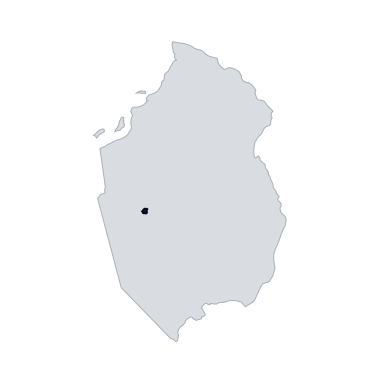 location of Babati UrbanBabati Urban, Manyara, United Republic of Tanzania, rotated 226°
{"feature_id": "72390352B90089128995390", "entity_name": "Babati UrbanBabati Urban", "entity_type": "district", "adm_level": 2, "iso_a3": "TZA", "parent_name": "United Republic of Tanzania", "parent_adm1": "Manyara", "projection": "albers", "projection_center": [35.755, -4.214], "detail": "fine", "context": "in_parent", "style": "filled", "palette": "ink", "viewbox_px": 384, "rotation_deg": 226, "n_neighbors": 0, "source": "geoboundaries", "source_scale": "gbopen_adm2", "svg_char_len": 4881}
<svg xmlns="http://www.w3.org/2000/svg" viewBox="0 0 384 384"><g transform="rotate(226 192 192)"><path d="M149.5,259.1L146.0,257.2L142.7,256.1L140.1,254.9L138.9,253.6L136.4,253.2L134.3,253.0L132.3,251.9L128.2,251.5L127.8,250.7L127.7,249.0L127.0,248.6L125.5,248.1L123.9,248.2L122.9,248.4L122.4,248.3L121.0,247.3L119.8,246.1L119.3,244.0L117.4,242.8L115.3,241.7L109.3,241.9L108.4,241.6L107.0,240.6L105.3,238.9L103.9,237.0L102.7,234.3L101.5,230.8L94.6,216.7L93.8,214.1L92.5,211.1L90.3,207.5L87.9,204.8L84.8,202.4L81.2,200.0L79.2,198.3L75.5,191.7L74.7,188.6L74.1,185.4L74.3,184.1L76.6,179.9L76.8,178.7L76.5,177.2L75.4,173.9L73.9,169.8L70.9,162.5L70.5,160.7L70.5,159.3L72.2,151.9L72.1,150.8L79.0,150.9L84.0,147.6L88.4,142.7L89.2,140.7L91.0,137.5L92.7,136.0L93.4,134.9L94.4,131.7L96.7,129.6L98.9,128.0L98.4,126.8L98.8,126.4L100.0,125.6L102.3,124.8L102.8,123.2L102.8,121.3L102.4,120.3L102.5,119.1L102.1,118.4L100.5,118.3L98.2,117.4L96.3,117.0L94.9,116.5L94.5,116.1L94.2,115.0L95.3,112.1L94.2,110.9L96.6,106.2L97.0,105.6L97.9,105.5L99.3,105.0L100.6,104.8L101.6,105.0L102.4,104.8L103.1,104.2L103.6,102.6L104.1,99.9L103.8,97.8L102.8,96.1L102.5,93.5L102.9,90.1L102.6,87.2L101.5,84.9L100.3,83.6L98.6,83.0L95.9,79.5L95.0,77.8L95.2,76.7L96.1,76.3L97.8,76.4L99.5,76.0L101.0,75.0L102.4,74.8L103.2,74.9L172.2,74.6L252.7,119.5L253.0,120.0L253.6,123.9L253.5,125.2L252.2,127.4L251.9,128.6L251.8,129.4L252.2,129.7L253.2,129.8L254.1,130.3L254.4,130.8L255.1,132.4L256.0,133.3L286.4,155.4L287.1,155.8L286.7,157.6L284.9,162.1L284.8,163.9L284.1,166.1L283.5,167.6L281.7,173.9L280.2,176.2L278.2,181.7L277.9,186.0L279.0,188.9L279.4,191.7L281.7,194.4L283.6,195.4L284.8,196.7L287.1,199.5L288.3,202.4L292.4,203.8L294.0,207.0L293.4,209.2L291.5,211.0L289.7,213.9L288.3,217.8L288.2,223.7L289.2,222.8L291.3,224.3L291.6,228.6L289.3,233.7L288.7,236.0L288.5,238.1L290.1,244.1L292.5,247.2L292.3,248.2L291.7,249.0L295.8,254.5L295.4,259.2L297.0,262.9L297.6,266.1L298.6,268.6L298.8,270.3L297.5,272.2L300.5,272.7L302.3,274.2L303.1,275.7L305.3,275.6L306.5,276.6L308.2,277.5L311.9,280.0L312.9,281.2L313.5,282.4L303.2,290.1L299.4,292.1L296.8,293.0L293.9,293.5L291.2,294.7L288.6,296.6L285.4,297.6L281.4,297.6L277.2,298.9L270.6,302.9L266.8,300.6L263.8,299.9L260.3,300.0L258.2,300.3L257.5,300.7L256.8,302.1L256.2,304.3L254.0,306.5L250.0,308.5L246.3,309.3L243.0,308.8L240.7,307.9L239.5,306.7L237.8,306.1L235.5,306.2L233.3,307.1L231.2,308.7L227.8,309.4L223.2,309.2L220.7,308.4L220.3,307.0L218.3,305.5L214.6,303.7L211.9,303.6L210.1,305.4L208.5,306.5L207.1,306.9L205.8,306.9L203.9,306.5L198.8,306.3L194.0,306.4L193.5,303.9L192.5,302.4L191.6,301.5L189.9,301.2L189.5,300.5L188.9,299.0L188.1,297.7L187.0,296.6L186.3,295.5L186.1,294.6L186.3,293.6L187.3,291.0L187.6,289.3L187.5,287.5L186.9,285.6L185.8,283.4L185.9,282.8L185.5,281.3L185.5,280.3L185.7,278.9L185.5,277.2L184.5,273.6L184.5,272.6L183.4,270.8L180.2,266.6L180.0,266.1L175.0,261.9L172.9,261.0L172.2,261.7L171.9,262.5L172.2,263.8L172.0,264.5L171.8,264.8L170.6,264.8L169.9,264.6L168.0,263.5L166.5,263.2L162.8,263.4L161.5,263.7L160.5,263.4L158.5,261.5L156.2,261.1L154.1,261.0L150.7,258.8L149.5,259.1ZM293.0,188.3L294.6,193.0L294.4,193.9L293.2,194.4L292.6,194.5L291.9,193.7L291.4,192.1L290.5,192.5L288.9,190.6L287.4,190.5L286.1,188.3L286.6,186.3L286.3,183.0L288.0,181.2L288.9,178.4L290.0,180.3L290.2,183.4L291.6,187.0L293.0,188.3ZM301.2,160.5L301.3,161.6L300.9,162.7L301.0,166.0L300.9,168.2L299.6,171.2L298.6,172.3L297.7,172.0L296.9,171.5L296.3,170.6L297.6,165.1L297.0,161.0L299.3,161.4L301.2,160.5ZM297.5,227.9L296.3,228.2L295.8,227.9L295.1,227.0L296.4,226.2L297.6,224.7L300.4,222.5L301.8,220.7L301.6,222.5L299.9,226.2L298.6,226.5L297.5,227.9Z" fill="#d9dde1" stroke="#a8b0b8" stroke-width="1"/><path d="M210.4,142.0L210.2,142.0L209.9,142.0L210.0,142.0L210.1,142.3L209.9,142.6L209.9,142.8L210.0,143.0L209.8,143.2L209.7,143.2L209.6,143.3L209.3,143.7L209.2,143.7L209.2,143.8L209.0,144.0L208.8,144.2L208.7,144.2L208.4,144.2L208.2,144.2L208.0,144.3L208.1,144.2L208.1,144.3L208.1,144.5L208.2,144.8L208.3,145.0L208.3,145.4L208.4,145.5L208.6,145.6L208.8,145.6L209.0,145.6L209.3,145.6L209.5,145.7L209.7,145.8L209.5,146.1L209.6,146.3L209.6,146.5L209.8,146.6L210.1,146.6L210.3,146.7L210.6,146.8L210.6,147.1L210.6,147.3L210.7,147.5L210.4,147.7L210.4,147.8L210.4,148.0L210.5,148.1L210.8,148.2L211.0,148.2L211.3,148.1L211.4,147.9L211.5,147.8L211.6,147.6L211.8,147.4L211.8,147.2L211.8,146.9L211.9,146.7L212.1,146.6L212.2,146.4L212.4,146.4L212.5,146.4L212.7,146.5L212.7,146.4L212.8,146.4L213.0,146.4L213.1,146.2L213.1,145.9L213.2,145.7L213.2,145.4L213.2,145.2L213.1,144.9L213.1,144.7L213.0,144.4L213.1,144.2L213.0,143.9L213.0,143.7L212.9,143.5L212.7,143.4L212.6,143.1L212.7,142.9L212.8,142.8L212.9,142.5L212.7,142.5L212.5,142.4L212.4,142.4L212.1,142.4L211.9,142.4L211.6,142.3L211.4,142.2L211.2,142.1L210.9,142.0L210.7,142.0L210.4,142.0Z" fill="#0f172a" stroke="#020617" stroke-width="1.5"/></g></svg>